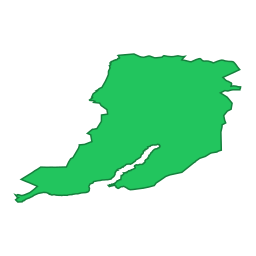 Granvin nor, Hordaland, Norway (Equal Earth projection)
{"feature_id": "86288312B43421694562872", "entity_name": "Granvin nor", "entity_type": "district", "adm_level": 2, "iso_a3": "NOR", "parent_name": "Norway", "parent_adm1": "Hordaland", "projection": "equal_earth", "projection_center": [6.647, 60.544], "detail": "fine", "context": "isolated", "style": "filled", "palette": "green", "viewbox_px": 256, "rotation_deg": 0, "n_neighbors": 0, "source": "geoboundaries", "source_scale": "gbopen_adm2", "svg_char_len": 5770}
<svg xmlns="http://www.w3.org/2000/svg" viewBox="0 0 256 256"><path d="M236.1,64.9L234.7,63.2L233.6,62.1L232.9,61.7L231.6,61.5L228.7,61.4L225.1,60.9L223.3,60.3L221.8,60.1L220.2,60.4L217.1,61.4L213.5,62.9L212.4,62.6L212.0,62.2L208.2,61.1L206.5,61.0L203.8,61.1L203.0,60.8L202.4,60.6L200.8,59.0L200.0,58.6L198.7,58.8L196.2,59.6L191.2,61.8L189.5,61.6L184.8,60.4L181.8,59.9L182.4,59.0L184.8,56.4L183.8,56.6L181.9,56.6L178.4,55.9L177.4,55.9L173.3,56.6L171.3,56.7L167.7,56.4L163.9,55.7L162.5,56.6L162.0,57.2L156.1,57.8L154.5,57.8L150.1,56.2L149.1,56.0L148.3,56.1L143.9,57.3L141.6,57.1L139.7,56.6L134.0,54.0L118.8,55.3L118.1,55.5L118.8,56.1L118.7,56.5L119.1,57.1L119.3,57.2L119.6,57.9L119.5,58.1L118.9,58.4L118.3,58.3L118.1,58.5L117.7,58.6L117.1,59.5L116.6,59.8L116.0,59.8L115.6,60.0L115.3,59.9L115.2,60.1L114.9,60.1L114.5,60.4L114.0,60.4L113.2,60.8L112.9,61.1L112.4,61.2L111.1,61.7L111.0,61.8L111.2,62.1L111.1,62.3L111.1,62.5L110.8,62.6L110.5,62.9L110.0,63.0L110.2,63.9L110.6,64.1L110.4,64.5L110.6,64.8L110.3,65.2L110.0,65.3L109.4,65.7L109.8,66.2L109.7,67.0L110.1,67.8L108.5,71.2L108.4,74.6L107.0,77.9L105.4,81.3L101.8,87.6L101.4,87.6L99.1,88.7L98.1,89.7L97.2,90.2L97.8,90.2L97.7,90.5L93.2,93.8L91.8,96.9L92.3,96.9L92.5,97.1L92.5,97.4L92.6,97.7L89.5,100.0L89.8,100.4L93.6,100.7L94.3,101.2L94.8,101.3L93.7,102.4L99.7,103.1L101.1,105.5L106.9,109.6L107.6,113.4L107.6,114.1L101.5,115.0L101.4,121.4L96.9,128.6L93.4,129.3L92.4,129.3L87.4,133.4L90.7,134.8L91.9,141.6L84.6,144.4L79.3,144.9L79.4,145.4L79.2,146.1L78.6,148.1L73.0,157.6L70.7,158.8L68.7,162.0L66.4,167.0L54.3,167.3L52.0,167.2L47.0,167.3L40.7,167.1L37.4,169.3L34.9,170.7L32.1,172.7L21.2,179.4L25.9,181.4L28.8,182.5L36.8,186.0L37.4,186.4L33.8,189.6L29.9,192.6L24.4,194.9L22.6,195.4L21.3,195.5L18.5,194.7L17.6,194.7L17.6,194.9L17.5,195.1L17.0,195.2L16.1,195.2L15.4,194.9L15.8,195.5L16.6,196.3L16.9,197.0L17.3,197.5L17.8,197.7L18.2,197.7L15.6,199.8L17.8,202.0L22.2,201.8L22.3,201.5L22.6,201.3L22.8,200.9L23.8,200.8L23.9,200.4L24.7,200.2L25.7,199.3L28.6,198.1L29.2,198.0L30.9,197.1L32.1,196.6L33.1,196.0L33.4,195.6L34.6,195.0L38.3,193.4L44.1,192.3L44.5,192.5L45.8,192.5L46.9,192.7L47.9,193.2L48.7,193.5L48.9,193.9L49.6,193.9L49.6,194.3L50.3,194.3L51.3,194.9L52.6,194.9L53.8,194.6L54.7,194.6L55.2,195.0L56.3,195.0L56.6,195.2L57.6,195.2L58.6,195.3L61.3,195.3L61.6,195.5L63.3,195.2L67.3,195.3L68.3,194.9L69.6,194.7L72.2,194.6L72.9,194.2L73.5,194.2L75.8,193.8L77.8,193.8L81.4,192.9L83.4,192.7L85.4,192.6L87.0,192.3L87.1,192.0L88.3,191.7L89.1,190.7L89.3,190.0L89.3,189.2L89.5,188.2L88.9,187.0L88.9,186.2L90.1,183.9L91.7,183.4L92.2,183.1L92.6,183.1L93.1,182.7L93.6,182.3L93.3,182.4L93.2,182.2L93.4,182.0L93.6,181.6L97.9,180.7L100.2,180.5L102.0,180.0L104.3,179.9L106.2,179.7L107.8,179.7L111.1,179.0L111.3,178.6L111.9,178.0L113.8,176.5L115.0,174.5L115.0,173.1L115.4,172.7L115.2,172.5L115.4,172.0L115.8,171.4L116.5,170.9L116.6,170.4L117.3,170.3L117.1,170.2L117.1,169.8L117.4,169.6L118.5,168.9L120.5,168.4L122.1,167.1L122.6,167.0L123.0,167.1L123.0,166.9L122.8,166.9L122.9,166.6L123.3,166.5L123.6,166.3L124.6,165.8L125.4,165.2L125.9,164.6L126.7,164.2L127.7,164.1L129.2,164.0L130.5,164.2L131.1,163.8L131.8,163.6L133.9,162.0L134.8,161.5L135.4,160.9L136.0,159.8L137.3,159.2L140.6,157.1L140.8,156.5L141.1,155.3L141.5,154.3L142.2,154.1L142.4,153.9L142.8,153.7L143.0,153.2L143.3,152.6L143.2,151.4L143.5,150.9L144.7,150.8L144.8,149.8L145.6,149.6L145.6,149.2L146.6,149.1L148.0,148.0L147.9,147.3L147.7,146.9L148.4,146.8L148.7,146.6L150.1,146.4L150.2,146.0L150.5,145.8L150.7,145.5L152.0,145.3L152.6,144.9L155.0,145.0L156.7,144.8L157.4,144.3L157.7,144.2L158.5,144.6L158.9,144.5L159.2,144.6L159.5,145.1L159.3,145.2L159.6,145.5L159.8,145.5L160.0,146.0L159.8,146.4L159.6,146.6L159.5,146.8L159.8,146.9L159.7,147.2L158.9,147.8L158.0,147.9L157.7,148.5L156.5,148.8L156.1,149.0L155.5,148.9L154.2,149.5L153.9,149.9L153.0,150.6L152.5,151.4L152.2,151.6L151.8,152.3L150.7,153.1L150.6,153.7L149.8,154.9L149.4,155.3L148.9,155.4L148.9,155.8L149.0,156.5L148.6,156.8L148.2,157.3L148.0,157.9L148.1,158.2L147.7,158.2L147.4,158.5L147.3,158.9L145.6,159.9L144.9,161.0L145.1,161.8L144.9,162.3L144.7,162.5L144.2,162.7L144.1,163.1L143.4,163.3L143.0,163.7L142.9,164.1L142.2,164.4L139.4,164.4L138.8,164.8L137.9,165.0L136.2,164.8L135.1,165.4L134.6,165.8L134.4,166.2L134.9,167.0L135.2,167.3L135.2,167.7L134.9,168.2L134.7,168.5L133.4,169.0L132.9,169.3L132.4,169.5L131.5,169.7L131.0,170.0L131.0,170.3L130.9,170.5L128.9,170.7L128.9,171.1L128.3,171.2L127.3,171.7L127.3,172.1L126.3,172.3L126.4,172.7L123.7,172.9L123.9,173.1L123.9,173.5L123.6,173.7L123.6,174.1L123.3,174.5L122.4,175.1L122.2,175.5L121.2,175.5L121.1,176.1L121.1,176.7L120.8,179.6L119.2,179.8L119.0,180.2L118.5,180.6L117.2,180.8L117.1,181.2L116.8,181.4L116.2,182.2L115.2,182.8L115.1,183.4L114.4,183.5L112.1,184.3L111.5,184.2L111.3,184.6L110.8,185.0L109.8,184.8L109.9,185.2L108.3,185.4L109.3,186.6L110.7,186.1L112.0,185.9L113.2,185.6L114.6,185.0L114.7,185.3L114.9,185.7L115.7,186.0L116.0,186.4L116.0,187.1L116.2,187.3L117.2,187.9L118.1,188.4L119.1,188.0L121.0,186.7L122.5,186.7L123.5,186.3L125.0,186.9L126.9,188.0L128.1,188.9L130.2,189.7L133.0,189.5L143.5,188.1L148.8,187.0L154.3,185.5L156.2,182.9L159.6,180.7L165.8,176.4L169.8,174.9L181.9,172.3L193.8,162.7L195.5,161.6L195.7,161.1L199.7,158.3L205.4,156.4L210.0,153.5L211.4,152.9L212.5,152.7L216.9,152.0L218.5,151.0L221.3,150.2L220.9,132.0L222.0,126.9L222.1,124.8L225.7,122.9L224.7,120.4L223.7,115.6L227.3,111.1L231.1,109.2L232.1,103.2L227.2,97.2L220.4,92.9L224.8,90.6L227.9,91.0L230.9,90.1L232.8,89.8L239.9,89.8L240.0,88.8L240.4,88.3L240.6,86.9L238.3,86.8L236.2,86.2L233.6,85.9L230.2,86.5L231.4,85.9L231.6,83.6L231.2,82.9L229.6,82.2L228.6,81.5L227.3,81.1L225.8,80.3L222.9,77.4L239.7,69.6L237.6,67.1L236.1,64.9Z" fill="#22c55e" stroke="#15803d" stroke-width="1.5"/></svg>